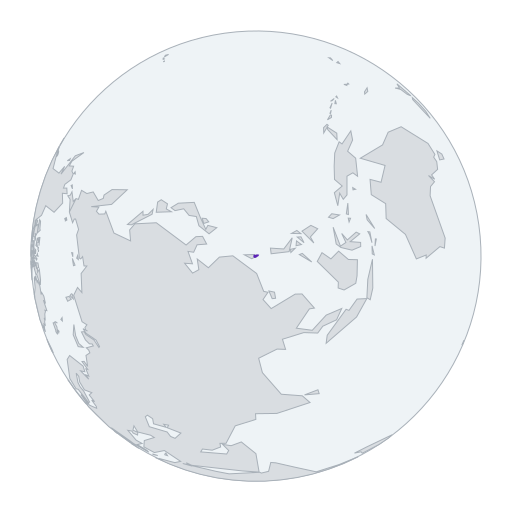 the Earth from above Pingtung, rotated 262°
{"feature_id": "TWN-1158", "entity_name": "Pingtung", "entity_type": "County", "adm_level": 1, "iso_a3": "TWN", "parent_name": "Taiwan", "parent_adm1": "", "projection": "orthographic", "projection_center": [120.7, 22.396], "detail": "fine", "context": "on_globe", "style": "filled", "palette": "violet", "viewbox_px": 512, "rotation_deg": 262, "n_neighbors": 0, "source": "natural_earth", "source_scale": "10m", "svg_char_len": 11239}
<svg xmlns="http://www.w3.org/2000/svg" viewBox="0 0 512 512"><g transform="rotate(262 256 256)"><circle cx="256" cy="256" r="225" fill="#eef3f6" stroke="#a8b0b8"/><path d="M442.1,355.8L441.9,357.1L441.7,357.4L442.1,355.8ZM399.6,82.4L392.6,76.9L392.9,77.1L399.6,82.4ZM392.2,76.5L388.3,73.7L387.5,73.5L388.1,74.3L370.8,67.2L365.5,72.4L371.4,79.0L364.2,74.3L380.4,91.0L382.4,100.0L375.5,86.9L371.2,83.6L370.3,87.9L365.7,85.5L362.6,86.4L357.2,83.3L353.6,76.7L350.0,74.8L349.6,78.1L343.9,77.6L345.1,73.0L335.3,71.9L327.4,62.1L335.1,54.8L326.2,49.3L322.0,42.3L317.8,41.4L313.5,39.2L307.1,37.5L308.1,37.3L302.1,36.3L302.4,36.9L299.8,36.8L296.0,36.1L296.7,35.4L298.7,35.7L296.9,35.2L298.9,35.3L295.8,34.9L297.1,34.6L290.2,33.9L286.6,33.0L288.9,33.2L295.9,34.3L304.3,36.0L320.0,40.0L335.4,45.2L350.4,51.5L364.9,58.8L378.9,67.2L392.2,76.5ZM467.8,197.5L465.9,193.0L467.4,194.2L467.8,197.5ZM464.6,191.5L465.3,192.8L464.7,191.9L464.6,191.5ZM464.0,191.7L464.4,191.6L464.1,192.2L464.0,191.7ZM463.4,192.6L463.6,191.9L463.7,192.2L463.4,192.6ZM461.8,192.4L461.3,192.3L461.3,191.1L461.8,192.4ZM389.1,75.3L387.9,73.9L390.4,75.2L391.9,76.6L389.1,75.3ZM383.7,73.8L381.9,72.1L387.3,75.1L386.6,75.1L383.7,73.8ZM376.6,84.7L376.6,82.4L378.2,85.6L376.6,84.7ZM363.1,87.1L364.6,88.6L362.3,88.5L363.1,87.1ZM352.0,83.9L348.0,83.6L351.5,82.7L352.0,83.9ZM298.8,34.8L297.4,34.6L296.5,34.4L298.8,34.8ZM345.2,82.7L335.5,82.6L337.9,85.8L325.5,77.3L337.9,79.8L341.8,78.0L342.1,80.6L345.2,82.7ZM304.1,37.4L303.6,36.8L307.5,38.1L304.1,37.4ZM307.2,38.3L322.7,43.7L321.5,44.8L316.5,42.5L317.8,44.9L309.6,42.7L307.0,40.9L309.4,40.5L304.5,40.1L307.2,38.3ZM320.2,73.0L317.4,72.2L319.7,71.8L320.2,73.0ZM299.1,36.8L302.3,37.6L301.5,38.5L294.9,37.1L297.3,37.2L299.1,36.8ZM322.1,46.8L320.4,47.5L313.2,45.8L311.5,45.9L309.3,42.7L322.1,46.8ZM295.5,36.7L291.5,36.5L288.5,35.5L295.8,36.2L295.5,36.7ZM304.1,39.4L303.4,39.9L301.6,39.1L304.1,39.4ZM275.4,32.8L279.3,33.3L279.2,33.7L275.4,32.8ZM290.2,36.5L291.3,36.8L291.7,37.2L288.5,36.9L290.2,36.5ZM304.4,42.0L301.8,41.3L304.9,43.1L299.7,42.3L299.1,40.5L297.2,40.9L295.6,40.7L296.9,39.5L304.4,42.0ZM286.4,37.8L283.9,35.8L276.7,34.5L276.6,34.0L288.2,36.2L286.4,37.8ZM292.5,38.8L288.7,38.0L290.5,37.6L294.1,37.9L292.5,38.8ZM296.4,42.5L304.5,44.2L304.4,44.6L296.4,42.5ZM284.0,37.4L284.7,38.0L283.3,37.4L284.0,37.4ZM292.2,40.9L295.1,41.4L294.8,41.8L292.2,40.9ZM283.6,38.8L282.7,38.1L285.2,38.1L283.6,38.8ZM287.2,39.8L286.2,40.3L286.6,38.6L288.6,39.9L287.2,39.8ZM291.5,41.2L292.3,41.6L290.3,41.0L291.5,41.2ZM274.7,39.2L274.6,37.1L280.0,37.2L279.4,39.1L274.7,39.2ZM70.4,128.3L65.4,136.1L69.1,131.6L62.7,146.8L63.1,152.8L76.1,138.2L75.5,128.0L82.6,118.4L88.8,119.7L90.4,130.0L93.2,126.7L98.2,114.4L104.8,111.5L100.7,109.9L97.8,114.4L95.2,113.8L97.7,109.7L99.9,108.7L101.2,104.8L90.3,111.7L86.2,117.1L85.8,112.2L78.8,120.9L76.6,122.5L87.4,108.6L91.0,105.0L106.1,88.8L102.2,91.9L87.8,107.8L89.5,105.3L84.2,110.8L89.6,104.7L106.5,87.6L107.4,86.6L130.3,69.0L130.1,69.2L134.4,66.9L132.3,68.9L142.7,63.5L143.1,64.1L136.8,66.9L131.4,70.4L127.4,77.0L129.1,77.0L136.2,73.2L134.2,75.9L141.6,71.5L143.5,74.4L147.3,67.5L155.7,63.9L161.6,63.7L165.0,61.6L155.4,62.1L151.0,63.6L146.1,66.6L134.5,70.9L134.1,69.8L148.7,61.4L149.6,59.3L160.6,54.6L179.8,54.6L183.4,57.6L171.0,69.5L165.2,70.4L166.7,66.3L157.3,73.2L161.9,71.1L160.3,73.7L167.9,71.8L167.1,73.6L175.7,69.0L175.6,71.1L170.1,73.9L181.2,73.8L183.2,78.0L186.2,77.2L188.7,75.2L189.6,82.4L191.7,81.5L192.2,78.8L196.7,75.4L205.1,72.6L205.0,75.2L201.9,76.6L195.3,83.9L187.3,87.7L188.1,88.5L195.0,85.9L203.1,77.0L208.1,74.6L205.1,78.7L206.6,77.0L209.1,76.7L211.4,79.0L215.1,74.6L242.5,70.0L249.7,74.9L244.0,78.5L263.0,80.4L269.6,87.1L270.1,84.3L279.5,84.2L277.5,82.0L278.5,80.8L301.8,81.3L307.1,84.0L317.7,82.5L317.9,81.2L314.5,79.0L325.5,77.3L337.9,85.8L336.8,88.0L345.3,92.4L341.4,97.2L342.1,103.7L332.9,107.5L334.3,112.8L337.5,114.0L341.8,122.7L339.5,137.7L327.2,120.2L327.8,99.7L326.3,107.2L322.5,104.2L319.3,106.3L318.7,112.1L321.2,113.5L298.5,118.5L288.4,133.9L299.4,134.5L304.7,140.5L302.8,161.9L276.6,188.3L283.5,199.2L282.9,205.8L274.7,208.8L275.3,199.2L268.4,194.8L270.0,189.3L257.1,192.0L258.8,184.3L247.9,190.8L250.4,197.5L261.2,197.4L251.0,207.2L260.0,219.6L259.4,233.1L238.6,254.2L219.9,258.7L218.4,262.8L211.9,256.9L201.8,263.7L212.8,289.5L212.0,296.3L196.3,306.6L196.2,301.5L178.9,285.9L174.6,301.4L187.7,317.3L192.1,333.6L181.6,326.9L177.2,312.4L171.1,306.4L173.5,292.7L169.9,270.6L159.4,272.3L160.9,263.9L154.4,244.4L139.6,246.1L115.6,261.8L111.1,282.4L103.4,289.1L97.2,254.7L99.9,233.6L94.2,233.1L90.7,211.8L74.7,200.3L75.5,194.2L71.8,194.4L69.8,185.6L72.3,176.1L69.7,174.0L64.0,199.4L67.2,201.9L74.1,196.7L71.6,205.0L73.9,215.6L60.3,228.4L41.6,229.0L45.0,212.9L57.7,163.2L60.2,159.4L60.5,158.9L60.9,158.0L56.8,163.6L60.7,154.6L48.3,186.5L44.0,199.1L41.3,229.6L40.3,231.1L41.0,238.5L49.5,241.9L48.4,246.9L41.2,265.8L33.9,285.6L37.9,309.2L42.5,327.2L42.9,329.2L38.2,313.7L34.7,297.9L32.2,281.9L30.9,265.8L30.8,249.7L31.8,233.5L34.0,217.5L37.4,201.7L41.8,186.1L47.4,170.9L54.0,156.2L61.7,142.0L70.4,128.3ZM86.7,150.5L91.1,157.0L98.3,144.2L100.6,145.9L102.2,141.2L98.8,143.3L104.1,131.2L109.3,131.0L113.5,126.3L112.2,124.0L101.8,126.6L94.1,143.5L89.2,146.3L86.7,150.5ZM145.4,59.8L145.7,59.6L159.5,52.5L158.5,53.4L156.7,54.0L154.6,55.2L151.3,56.6L136.7,65.0L133.1,67.2L134.4,66.4L145.4,59.8ZM196.7,38.7L202.7,37.3L192.6,40.7L188.2,41.8L190.5,40.5L197.1,38.6L196.7,38.7ZM279.7,32.0L282.6,32.3L279.8,32.1L279.7,32.0ZM276.6,31.7L276.1,31.6L276.4,31.7L281.7,32.6L293.1,34.7L291.3,35.2L287.1,35.0L284.1,34.6L286.1,34.3L280.6,33.9L281.4,33.2L277.2,32.9L266.7,31.1L269.5,31.2L263.2,30.8L276.6,31.7ZM247.5,30.9L244.7,31.2L249.7,31.0L245.7,31.3L251.7,31.3L250.6,31.7L255.3,32.9L264.7,33.4L266.6,34.2L262.4,34.1L267.3,35.0L260.6,35.6L261.9,36.2L256.5,37.8L247.7,37.9L249.7,38.7L245.8,40.3L238.3,40.9L241.9,39.3L231.0,41.3L231.7,39.4L230.4,39.8L228.0,38.8L222.8,38.4L224.2,37.6L221.6,37.9L220.0,37.5L216.9,37.7L218.2,36.5L214.5,36.7L217.3,36.1L210.5,36.9L216.1,35.8L214.6,35.6L210.0,36.8L222.9,33.2L247.5,30.9ZM273.0,39.6L262.2,39.3L257.3,38.4L268.6,36.2L268.4,35.5L275.5,34.6L282.5,36.1L279.8,36.2L278.9,36.6L277.1,35.9L277.8,36.8L274.1,37.0L273.7,37.8L270.3,37.5L273.0,39.6ZM87.6,106.4L86.3,107.9L85.2,109.4L81.8,113.2L87.6,106.4ZM101.7,91.9L102.5,91.1L99.2,94.3L101.7,91.9ZM136.8,67.4L136.8,68.0L135.0,69.1L132.9,70.0L136.8,67.4ZM206.0,48.6L208.9,47.3L210.0,47.4L218.0,45.8L218.2,47.3L213.4,49.0L206.0,48.6ZM73.4,139.3L70.6,140.6L71.8,138.1L72.5,138.1L73.4,139.3ZM74.4,125.9L72.1,131.0L73.5,126.9L74.4,125.9ZM207.5,50.0L210.8,49.1L208.9,50.5L207.5,50.0ZM218.7,48.5L217.2,50.0L219.1,47.4L218.7,48.5ZM139.0,447.4L143.7,450.2L141.4,449.2L139.0,447.4ZM51.4,338.7L60.0,365.8L57.3,361.9L52.2,351.5L45.9,333.8L47.5,332.8L47.1,326.1L51.4,338.7ZM249.3,375.2L256.3,376.6L256.1,377.5L249.3,375.2ZM241.9,371.4L249.9,372.3L240.6,373.3L241.9,371.4ZM253.0,372.7L261.1,371.5L264.6,370.2L264.0,372.1L253.0,372.7ZM236.6,370.9L208.0,367.2L196.8,363.0L199.3,360.0L217.4,363.5L236.6,370.9ZM198.4,359.8L181.6,347.1L159.8,313.3L167.6,315.5L190.7,337.8L189.2,340.5L199.3,350.1L198.4,359.8ZM239.7,347.0L238.2,355.9L222.3,353.3L215.1,351.0L210.1,338.5L212.9,332.9L218.7,333.9L242.1,315.9L250.1,321.8L242.7,329.8L249.3,338.5L239.7,347.0ZM111.7,284.7L114.9,298.7L110.9,299.4L111.7,284.7ZM252.1,302.2L242.3,310.4L251.4,299.1L252.1,302.2ZM257.8,291.1L258.2,295.9L254.6,291.0L257.8,291.1ZM217.6,269.3L211.4,269.5L211.5,266.1L219.6,263.9L217.6,269.3ZM258.8,244.6L257.7,254.4L256.2,257.7L253.9,251.4L258.8,244.6ZM213.5,66.1L202.1,66.3L194.0,68.4L189.6,72.2L191.0,67.3L203.4,64.0L213.5,66.1ZM238.9,69.1L242.7,66.3L244.3,67.9L243.7,68.8L238.9,69.1ZM238.9,67.1L237.4,63.2L241.6,62.0L242.0,65.3L238.9,67.1ZM222.0,55.4L218.6,55.2L220.3,53.9L222.0,55.4ZM389.0,433.0L391.1,432.8L384.7,438.1L375.9,444.1L368.1,447.7L389.0,433.0ZM325.9,455.7L325.6,451.3L334.9,449.8L331.1,454.2L325.9,455.7ZM395.0,428.3L400.8,422.5L403.0,417.1L402.3,421.5L406.9,419.5L393.0,431.7L395.0,428.3ZM291.4,436.8L247.4,445.8L237.6,443.7L239.7,439.4L230.1,424.1L233.3,424.7L230.8,414.4L256.6,407.0L275.0,390.1L289.8,391.7L300.7,378.7L316.0,379.6L311.6,390.1L327.7,396.4L338.3,372.9L348.4,396.8L360.2,404.1L363.8,417.7L343.5,442.0L331.7,447.3L329.2,445.7L324.3,448.1L316.5,447.9L311.9,441.2L307.1,443.6L311.7,438.0L304.7,443.1L300.5,438.5L291.4,436.8ZM401.2,386.2L403.5,386.3L407.1,389.4L403.4,389.6L401.2,386.2ZM436.2,362.9L437.2,364.3L434.9,365.7L436.2,362.9ZM441.7,357.4L438.8,359.3L442.1,355.8L441.7,357.4ZM413.2,369.8L414.4,371.0L413.4,371.8L413.2,369.8ZM412.3,369.6L413.7,366.9L413.5,369.3L412.3,369.6ZM401.2,358.7L402.5,357.2L403.2,358.1L401.2,358.7ZM266.7,377.4L276.4,371.1L281.8,370.8L266.7,377.4ZM399.1,356.3L395.6,356.7L395.9,355.3L399.1,356.3ZM399.3,353.2L398.9,351.3L401.1,355.4L399.3,353.2ZM392.5,349.9L396.9,352.7L392.0,350.4L392.5,349.9ZM390.0,350.8L386.8,349.7L387.0,349.1L390.0,350.8ZM355.0,356.8L366.7,367.3L357.4,367.8L347.0,361.3L339.0,368.3L320.8,367.7L324.9,363.5L322.4,357.2L303.8,354.6L300.0,350.3L306.6,347.6L294.4,344.0L307.8,342.4L313.3,351.1L320.9,344.4L334.1,345.9L347.0,348.3L357.5,354.2L355.0,356.8ZM308.0,361.3L310.3,361.3L308.2,363.9L308.0,361.3ZM380.9,345.7L385.4,349.3L384.9,350.4L382.7,350.0L380.9,345.7ZM359.9,352.5L371.2,344.6L373.8,344.5L366.4,353.1L359.9,352.5ZM368.4,340.2L373.7,340.8L376.5,344.6L375.4,345.7L368.4,340.2ZM280.7,352.6L280.2,354.9L276.7,352.9L280.7,352.6ZM285.1,351.3L295.6,354.3L284.2,353.3L285.1,351.3ZM254.0,341.0L256.9,346.9L266.4,344.0L259.2,348.7L265.7,358.5L263.5,361.8L257.1,351.3L254.9,361.5L250.8,361.0L248.4,351.9L252.6,341.3L256.7,337.1L273.8,336.4L254.0,341.0ZM285.0,344.4L282.3,337.6L284.3,333.2L287.3,336.9L285.0,344.4ZM274.4,320.9L267.3,312.5L260.8,315.1L274.2,305.0L278.7,314.6L274.4,320.9ZM268.7,303.2L262.5,305.4L269.0,299.5L268.7,303.2ZM261.0,302.6L260.6,297.1L265.3,298.2L261.0,302.6ZM271.9,303.6L273.4,294.3L275.6,300.0L271.9,303.6ZM259.1,284.5L269.0,294.4L255.7,289.4L256.1,271.3L261.8,271.4L259.1,284.5ZM296.4,214.0L295.5,208.8L300.9,208.0L300.0,211.8L296.4,214.0ZM317.7,202.3L302.1,206.2L289.4,210.0L293.0,212.6L289.5,221.1L284.5,212.6L293.9,203.7L303.4,202.4L305.5,195.4L312.8,191.0L312.2,182.1L315.7,178.6L319.1,186.4L317.7,202.3ZM311.6,178.4L313.2,163.3L323.1,166.1L324.9,170.0L320.0,175.6L315.1,173.7L311.6,178.4ZM316.5,160.6L311.8,158.9L304.2,136.9L305.1,133.1L316.0,150.3L312.1,149.8L312.3,155.0L316.5,160.6ZM317.9,73.7L317.4,72.4L319.6,73.6L317.9,73.7ZM277.2,79.6L278.8,78.1L281.3,79.4L277.2,79.6ZM284.7,75.0L280.7,74.5L285.0,73.9L284.7,75.0ZM271.8,73.9L279.2,73.8L272.1,75.5L271.8,73.9Z" fill="#d9dde1" stroke="#a8b0b8" stroke-width="1"/><path d="M256.6,256.6L256.7,257.3L256.6,257.5L256.5,257.9L256.4,257.8L256.2,257.7L256.1,257.8L256.0,257.7L255.9,257.5L255.9,257.4L255.9,257.2L256.0,257.2L255.7,256.4L255.6,256.1L255.4,256.0L255.3,255.9L255.1,255.8L255.1,255.7L255.1,255.4L255.0,255.2L255.1,254.8L255.1,254.6L255.1,254.4L255.4,254.3L255.5,254.2L255.9,254.2L256.0,254.1L256.3,254.3L256.4,254.2L256.5,254.2L256.6,254.3L256.8,254.4L256.7,254.6L256.6,254.8L256.4,254.9L256.3,255.0L256.2,255.1L256.2,255.4L256.2,255.5L256.2,255.8L256.3,255.8L256.3,256.0L256.2,256.0L256.3,256.2L256.3,256.3L256.4,256.5L256.6,256.6L256.6,256.6Z" fill="#8b5cf6" stroke="#5b21b6" stroke-width="1.5"/></g></svg>